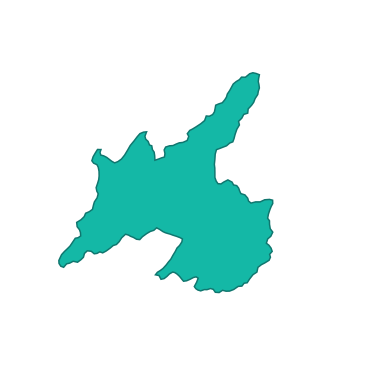 the district of Perdões, Minas Gerais, Brazil, rotated 34°
{"feature_id": "56859067B51659935012852", "entity_name": "Perdões", "entity_type": "district", "adm_level": 2, "iso_a3": "BRA", "parent_name": "Brazil", "parent_adm1": "Minas Gerais", "projection": "equal_earth", "projection_center": [-45.073, -21.063], "detail": "fine", "context": "isolated", "style": "filled", "palette": "teal", "viewbox_px": 384, "rotation_deg": 34, "n_neighbors": 0, "source": "geoboundaries", "source_scale": "gbopen_adm2", "svg_char_len": 3350}
<svg xmlns="http://www.w3.org/2000/svg" viewBox="0 0 384 384"><g transform="rotate(34 192 192)"><path d="M263.4,153.7L260.4,154.8L256.6,157.8L254.0,162.1L250.2,164.7L247.1,168.2L243.9,167.9L241.7,166.0L237.5,164.8L233.4,166.0L230.9,164.5L228.5,162.7L225.5,161.7L222.5,162.9L219.7,161.4L215.0,161.9L212.8,165.9L211.5,169.1L208.9,170.6L205.9,169.4L202.9,167.2L199.9,162.8L197.6,159.5L195.1,156.6L192.7,152.1L190.1,147.7L188.6,143.2L190.7,140.3L192.7,137.4L194.8,134.4L195.9,130.3L197.8,127.6L197.0,124.3L195.5,120.1L194.1,114.9L193.8,109.9L191.1,107.4L192.0,103.0L191.5,98.7L194.1,95.5L192.1,91.7L192.9,86.9L193.0,83.2L192.1,79.4L192.0,74.4L190.6,71.3L189.7,68.1L187.5,65.6L185.2,63.4L183.8,60.7L182.3,57.1L178.8,57.9L175.8,59.1L173.7,61.7L172.1,67.0L168.8,69.1L168.5,72.3L166.9,75.7L165.8,79.4L166.1,82.6L166.5,86.7L166.5,91.0L167.5,94.1L167.6,97.4L167.2,101.1L164.9,104.0L163.1,106.8L164.5,109.9L165.8,113.1L165.8,116.3L164.0,119.5L161.3,121.0L162.5,125.7L161.1,130.5L158.9,135.8L157.2,139.5L155.7,142.2L155.5,146.3L158.2,147.7L159.2,152.0L156.7,156.0L153.9,158.4L152.0,161.2L150.3,164.1L147.5,166.3L145.0,169.5L145.4,172.7L148.1,175.3L149.6,178.4L147.6,180.8L145.9,183.3L143.5,186.4L140.8,182.8L138.3,180.1L135.5,179.0L132.8,176.2L130.5,176.8L127.3,174.6L124.1,174.1L121.8,172.1L120.7,167.5L118.3,169.5L116.2,172.7L115.7,176.6L115.4,182.0L114.8,188.0L115.2,193.1L115.5,199.1L115.1,204.1L113.6,208.2L111.6,211.1L108.4,211.4L105.2,211.2L101.9,211.0L98.6,211.4L95.7,212.4L93.6,210.6L92.8,207.7L89.9,209.6L90.0,213.3L90.3,218.0L91.5,222.1L94.3,223.1L97.9,222.5L100.4,223.9L103.4,226.9L106.0,230.6L107.7,233.8L108.9,237.6L110.1,242.0L112.6,244.5L115.2,245.9L116.6,249.9L116.6,254.7L117.5,257.6L119.2,262.1L117.7,266.0L115.7,269.1L116.4,272.7L115.5,277.1L113.4,281.7L116.2,285.0L119.8,286.2L122.2,288.0L124.3,290.7L123.1,293.6L121.1,295.6L121.1,299.1L121.1,305.1L120.4,308.7L119.5,312.7L118.9,316.9L119.4,320.2L119.9,323.2L121.7,325.6L124.7,326.9L127.7,326.2L128.2,321.7L130.4,319.3L132.2,315.9L136.4,314.2L137.8,310.2L138.5,306.8L137.2,303.1L138.1,299.3L141.6,297.5L145.5,297.9L147.6,296.0L149.0,293.2L152.0,292.4L153.8,289.0L155.5,284.4L156.6,280.4L158.7,277.8L159.4,273.9L159.3,269.3L160.5,264.2L163.5,263.2L165.8,263.1L168.8,262.4L172.4,262.2L175.3,260.7L175.9,256.8L177.7,251.8L179.5,248.0L181.8,245.1L182.7,241.5L186.1,241.1L190.0,241.1L192.6,240.7L195.2,239.9L197.6,239.1L200.2,238.5L203.9,237.4L207.7,236.5L210.3,236.3L211.5,239.0L211.6,243.2L210.9,246.8L211.4,250.9L211.6,255.2L212.0,259.6L211.6,263.2L211.4,267.0L210.7,271.7L209.5,275.1L208.2,277.9L208.0,281.1L211.4,279.7L215.1,281.7L217.3,279.4L218.4,276.1L219.1,272.5L220.8,269.1L223.0,268.4L225.7,268.4L228.8,268.9L232.0,269.9L234.9,270.7L237.2,268.6L239.3,265.3L241.0,262.1L242.9,260.0L245.3,260.0L246.3,264.2L246.8,269.1L249.2,270.0L251.7,270.0L254.5,269.1L256.8,266.0L259.0,264.6L261.3,261.7L264.1,260.8L267.4,262.1L270.7,260.2L272.3,256.4L275.7,255.2L278.6,253.1L281.1,249.5L283.1,244.4L286.0,242.1L286.2,238.5L288.5,236.4L288.4,231.8L288.8,226.4L290.6,222.1L288.8,217.6L290.2,213.4L292.0,210.1L294.1,205.5L293.5,202.2L291.2,200.3L291.7,196.4L288.9,194.3L285.5,193.1L282.3,192.9L281.0,188.5L282.1,184.7L281.4,180.1L277.4,178.7L274.3,175.4L272.3,172.5L269.4,171.5L267.7,167.5L266.4,162.9L265.7,159.5L265.4,156.4L263.4,153.7Z" fill="#14b8a6" stroke="#0f766e" stroke-width="1.5"/></g></svg>